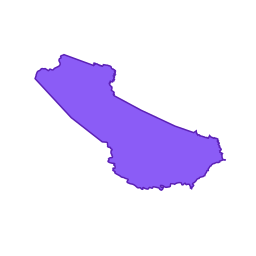 Los Pozos, Herrera, Panama, rotated 104°
{"feature_id": "35544464B7631989916693", "entity_name": "Los Pozos", "entity_type": "district", "adm_level": 2, "iso_a3": "PAN", "parent_name": "Panama", "parent_adm1": "Herrera", "projection": "equal_earth", "projection_center": [-80.671, 7.692], "detail": "fine", "context": "isolated", "style": "filled", "palette": "violet", "viewbox_px": 256, "rotation_deg": 104, "n_neighbors": 0, "source": "geoboundaries", "source_scale": "gbopen_adm2", "svg_char_len": 5669}
<svg xmlns="http://www.w3.org/2000/svg" viewBox="0 0 256 256"><g transform="rotate(104 128 128)"><path d="M116.6,40.4L116.7,40.6L117.0,40.9L117.0,41.1L116.6,41.8L117.2,42.5L117.3,42.7L116.8,43.3L116.9,44.8L116.4,45.6L116.3,46.2L115.8,46.6L115.6,47.0L116.2,47.0L117.0,47.1L117.5,47.6L117.7,47.9L117.9,48.0L118.4,47.7L118.5,48.0L118.5,48.9L118.2,49.6L118.3,49.8L118.5,50.8L118.4,51.6L118.1,52.2L118.3,52.9L118.2,53.2L118.1,54.2L118.2,55.2L118.0,55.7L118.2,56.4L118.1,56.6L117.9,56.6L117.5,56.9L117.5,58.0L117.9,58.4L117.6,58.5L117.5,59.0L117.0,59.4L116.9,60.1L116.6,60.3L115.8,60.4L115.3,60.8L114.3,61.1L116.6,63.1L114.8,82.9L107.6,119.6L100.1,149.0L99.7,149.7L99.0,149.4L98.9,149.5L98.8,150.1L98.7,150.3L98.1,149.9L97.5,150.4L96.9,150.1L96.7,150.2L96.3,150.9L95.6,152.8L95.3,153.3L94.8,153.3L94.1,153.1L93.1,153.3L92.7,153.7L92.2,153.5L91.1,155.4L90.6,156.0L90.5,156.3L90.3,156.4L90.0,156.4L89.2,157.0L88.9,156.9L88.5,156.1L88.3,156.2L88.0,156.6L87.5,156.2L87.1,156.5L86.9,156.5L86.8,156.2L87.1,155.7L87.2,155.4L87.0,154.8L87.0,154.1L86.6,154.0L86.2,153.8L85.6,154.2L85.5,153.9L85.5,153.1L85.4,153.1L84.9,153.1L84.4,153.0L84.6,153.7L84.4,153.9L83.7,153.5L83.2,153.8L82.8,153.6L82.7,153.8L82.3,153.5L81.9,153.5L81.8,153.8L81.4,153.9L81.1,154.6L80.7,154.0L80.4,153.9L80.3,153.5L80.1,153.4L79.9,153.5L79.7,154.3L79.1,154.7L78.9,154.4L78.9,153.6L78.8,153.4L78.2,154.1L77.6,153.8L77.3,153.8L77.1,154.2L76.9,154.3L76.7,154.6L76.2,154.4L76.0,154.0L75.8,153.9L75.5,154.1L75.4,154.7L74.9,155.1L74.8,156.3L74.4,156.6L74.5,157.4L74.3,158.0L73.5,158.9L73.0,159.0L72.5,159.5L72.3,160.1L72.2,160.9L72.2,162.3L72.0,162.8L72.2,163.9L72.5,167.2L73.3,167.2L73.6,167.5L74.2,167.8L74.4,168.0L74.4,168.4L74.0,168.8L74.3,169.9L74.2,170.0L73.9,170.2L73.8,170.5L74.2,170.9L74.2,171.1L73.7,171.8L73.7,172.6L73.3,173.4L73.4,174.0L73.5,174.4L73.2,175.4L73.2,176.6L73.4,176.8L73.7,176.3L74.1,176.3L74.2,175.8L74.3,175.6L74.6,175.9L74.9,176.4L75.0,176.3L75.5,176.3L75.8,176.6L75.6,177.2L72.3,207.9L72.8,208.4L73.7,209.8L74.4,210.6L74.9,210.7L75.4,210.3L76.2,210.0L77.3,211.2L77.9,211.4L78.8,211.4L79.5,211.2L80.2,210.6L81.5,209.5L82.2,209.3L82.8,209.2L83.5,209.4L84.4,209.8L85.0,210.3L88.0,213.9L89.4,214.5L89.6,214.7L89.9,215.2L90.0,215.6L89.7,217.7L89.8,218.0L90.0,218.3L91.2,218.7L91.6,219.1L91.6,219.5L90.9,221.1L90.7,221.8L90.4,222.7L90.5,223.1L90.9,223.7L91.1,225.7L91.3,226.1L91.7,226.6L92.4,226.8L93.5,227.6L94.6,229.0L95.1,229.4L96.1,229.7L98.9,230.0L99.6,229.7L100.1,229.9L102.6,230.1L131.7,185.6L147.7,149.6L147.1,146.1L147.0,145.3L147.2,144.5L147.7,144.2L148.9,143.9L150.1,143.4L150.9,143.3L151.2,142.8L151.3,142.4L151.1,140.6L151.2,140.3L151.8,140.2L152.0,140.0L152.3,139.5L152.4,138.7L152.8,138.3L153.6,138.4L154.3,138.9L155.9,138.6L157.0,138.1L157.4,137.4L158.6,136.9L159.2,136.3L159.8,136.1L160.3,136.1L160.7,136.6L161.0,137.6L161.2,138.1L161.7,138.8L162.3,139.2L162.7,139.4L163.1,138.9L163.3,138.8L164.3,138.9L164.9,139.4L165.2,139.3L165.6,138.9L165.9,137.8L166.0,137.1L166.0,134.8L165.7,132.8L165.8,132.5L166.0,132.2L166.3,132.2L166.9,132.8L167.2,132.8L167.5,132.6L167.9,131.6L168.1,131.4L168.8,131.1L169.9,130.9L170.2,131.0L170.4,131.2L170.4,132.4L170.7,132.8L171.0,132.7L171.3,132.1L172.3,132.5L172.6,132.5L172.9,132.1L173.4,130.1L173.7,129.9L174.5,130.0L174.9,129.6L175.5,127.7L176.3,124.4L176.7,123.7L177.1,122.6L177.2,122.0L177.1,119.9L177.5,118.6L177.6,116.5L177.8,115.5L178.0,115.4L178.6,115.4L179.8,115.9L180.5,115.9L181.0,115.4L181.1,115.1L181.5,112.7L181.5,111.6L181.4,110.1L181.6,108.8L182.1,107.3L182.9,105.7L183.5,104.6L183.6,104.2L183.6,103.6L183.1,102.2L183.0,101.6L183.8,100.3L184.0,99.8L184.0,99.2L183.8,98.9L183.6,98.8L182.6,99.1L182.2,99.0L182.1,98.8L182.1,98.4L182.5,97.2L182.6,96.1L182.6,94.7L182.5,94.3L182.4,93.9L182.1,93.5L180.9,93.1L180.5,92.8L180.4,92.2L180.6,90.6L180.5,89.9L180.4,89.8L180.0,89.6L179.2,89.5L178.8,89.0L178.7,86.0L178.7,83.7L178.8,83.3L179.3,82.9L179.8,82.3L180.2,81.2L180.2,80.5L179.4,79.8L178.5,79.5L177.3,79.4L177.1,79.7L177.4,81.0L177.3,81.6L176.5,82.4L176.1,82.5L175.8,82.4L175.7,82.0L175.5,81.3L175.6,79.8L176.3,78.1L176.4,77.3L176.3,76.6L176.0,75.8L175.0,73.5L174.6,73.1L174.3,72.9L172.4,73.1L171.7,73.0L171.2,70.6L171.3,69.0L170.6,68.6L169.5,67.1L168.9,65.9L168.5,64.8L168.4,63.8L168.5,63.0L168.7,62.8L169.8,62.1L170.0,61.8L170.0,61.5L169.9,61.1L169.6,60.7L168.5,60.0L167.8,59.4L167.8,59.2L167.9,58.9L168.7,58.2L168.8,57.8L168.8,57.5L168.3,56.9L168.1,56.2L167.9,55.4L167.9,54.8L168.2,54.5L169.1,54.0L169.3,53.7L169.7,53.0L170.1,52.6L170.3,52.6L170.9,53.0L171.1,52.9L171.3,52.1L171.5,51.6L170.1,51.5L168.9,50.8L168.2,50.5L167.8,50.4L167.4,50.7L167.1,51.4L166.8,51.7L166.5,51.8L166.2,51.7L165.8,51.5L164.9,50.5L164.1,50.0L162.7,49.2L161.3,48.8L160.5,48.2L159.7,46.8L158.9,46.7L158.1,45.7L156.9,43.3L156.1,42.8L155.7,42.0L153.8,41.9L152.1,41.2L150.5,41.1L150.3,41.0L150.0,40.0L149.8,39.8L149.5,39.8L148.9,40.2L147.8,40.1L146.8,39.5L145.4,39.3L144.7,38.3L144.4,38.2L143.8,38.1L143.1,37.7L142.2,36.9L141.9,36.5L141.7,35.9L140.1,33.9L139.9,33.4L139.8,32.4L139.5,31.7L138.7,30.8L138.1,31.1L136.1,28.3L135.9,28.1L135.7,26.3L135.5,25.9L135.4,25.9L135.3,26.2L135.5,26.9L135.5,28.0L135.3,28.6L135.0,28.9L134.3,29.2L133.9,29.6L131.5,30.3L131.1,30.9L130.8,31.1L130.6,31.0L130.3,30.2L129.9,30.1L129.8,30.5L129.4,31.9L129.3,32.2L129.4,32.8L129.3,33.0L128.7,32.9L128.0,33.5L127.1,32.6L126.3,32.4L125.5,33.0L124.8,34.1L124.6,34.7L124.4,34.8L124.0,34.5L123.7,34.9L123.1,34.9L123.0,35.4L122.3,35.8L121.9,36.5L121.6,36.4L121.2,35.9L120.8,35.8L120.5,35.9L119.9,37.4L119.7,37.7L119.4,37.7L119.0,37.2L118.7,37.1L118.6,37.4L118.9,37.9L118.9,38.1L117.1,38.1L116.8,38.9L116.8,39.9L116.6,40.4Z" fill="#8b5cf6" stroke="#5b21b6" stroke-width="1.5"/></g></svg>